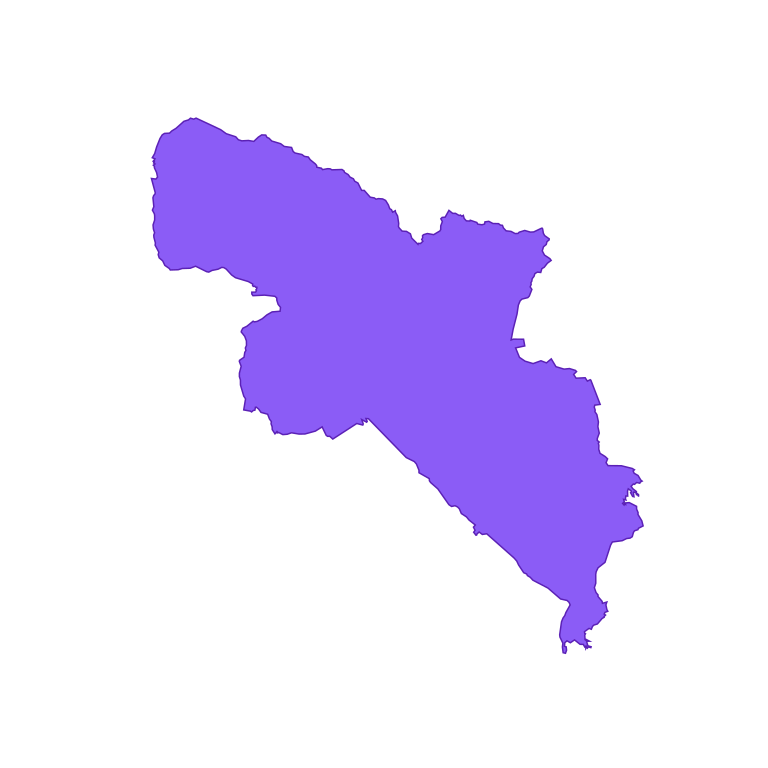 Posesti, Prahova, Romania (Equal Earth projection), rotated 198°
{"feature_id": "2599482B56357474531402", "entity_name": "Posesti", "entity_type": "district", "adm_level": 2, "iso_a3": "ROU", "parent_name": "Romania", "parent_adm1": "Prahova", "projection": "equal_earth", "projection_center": [26.141, 45.287], "detail": "fine", "context": "isolated", "style": "filled", "palette": "violet", "viewbox_px": 768, "rotation_deg": 198, "n_neighbors": 0, "source": "geoboundaries", "source_scale": "gbopen_adm2", "svg_char_len": 6155}
<svg xmlns="http://www.w3.org/2000/svg" viewBox="0 0 768 768"><g transform="rotate(198 384 384)"><path d="M375.9,569.2L377.4,561.6L380.2,560.4L381.0,558.7L378.7,556.5L378.9,551.9L377.8,548.4L378.1,546.9L382.9,541.4L389.3,540.5L392.6,538.2L393.2,536.9L392.4,535.1L392.8,533.1L391.1,531.8L392.7,528.9L394.7,528.4L394.8,527.3L402.7,531.3L405.3,535.0L409.8,536.1L414.0,535.0L417.9,537.2L418.9,538.2L419.6,541.2L423.0,548.0L426.2,551.0L426.8,552.3L428.9,550.1L430.8,552.1L432.7,552.5L435.2,555.7L439.2,559.1L442.5,559.6L446.6,558.6L448.7,557.3L450.7,558.0L454.8,557.4L462.6,562.0L465.1,561.2L470.9,567.1L474.5,567.8L476.5,569.7L480.3,570.3L482.8,572.1L486.9,573.0L488.0,574.4L490.3,575.0L499.7,571.6L501.7,572.0L504.1,571.4L508.7,568.9L510.2,569.9L514.9,569.4L515.6,571.0L517.3,572.1L523.5,574.5L526.1,576.5L530.0,575.9L533.0,576.9L539.9,576.2L542.2,577.0L545.0,580.4L552.3,579.1L556.5,580.6L565.8,580.4L569.3,582.2L571.5,582.4L573.4,584.2L577.3,583.1L579.8,580.0L582.8,574.5L588.2,573.7L594.4,571.3L598.0,571.3L601.4,573.3L611.4,573.3L617.9,575.4L644.9,578.8L646.8,577.1L650.2,577.0L651.5,574.8L655.5,572.0L660.8,562.9L664.1,559.0L665.5,556.3L670.2,554.5L671.9,552.4L672.9,548.3L673.5,539.2L673.3,532.3L674.3,527.6L671.4,527.4L671.7,526.3L671.2,524.8L672.2,525.1L672.4,524.4L671.3,524.0L671.4,523.0L669.8,522.5L671.0,520.8L669.6,520.1L669.2,518.7L665.6,514.8L663.3,510.8L664.3,508.4L668.7,507.6L660.7,495.3L660.5,494.0L661.3,492.0L661.3,489.7L657.7,481.5L658.0,477.8L655.0,474.9L654.1,473.1L652.8,469.1L652.8,463.9L651.2,460.1L648.9,456.9L649.0,454.5L648.1,452.3L645.0,447.5L644.6,445.3L638.9,439.8L638.7,437.2L636.8,434.5L632.5,432.7L629.1,429.1L623.9,427.5L622.5,426.4L615.0,429.1L611.6,431.5L604.1,434.2L599.6,437.8L587.3,436.0L585.2,436.3L582.6,438.9L577.3,441.9L574.3,444.8L572.2,445.2L569.5,444.5L562.6,440.6L558.1,439.2L544.7,439.5L539.7,438.5L539.5,437.2L538.5,436.4L537.1,437.1L536.1,436.4L534.8,436.7L534.5,435.3L534.9,433.9L534.1,433.3L534.5,431.7L538.1,430.5L537.5,428.7L535.9,427.5L525.1,431.6L514.9,433.7L512.6,432.7L511.8,430.5L509.3,427.0L506.1,424.9L505.3,421.1L512.7,418.0L516.7,413.6L520.0,408.4L523.9,404.4L526.5,403.0L527.9,403.3L532.3,396.5L535.5,393.4L536.0,390.4L535.9,389.4L531.2,386.3L528.2,382.5L526.7,378.2L527.0,375.4L525.7,373.2L526.2,371.1L525.4,366.2L528.7,361.9L528.6,360.8L525.3,356.7L524.9,349.7L523.8,346.3L521.8,343.5L520.2,338.7L513.6,329.1L511.1,327.1L509.4,316.0L502.7,316.9L501.3,316.5L500.2,318.4L498.7,319.2L499.1,322.1L498.3,322.5L495.6,321.5L492.2,319.0L485.3,319.3L482.1,315.3L479.5,313.4L479.1,311.2L477.2,308.8L476.2,306.1L472.3,302.9L471.1,305.8L470.3,305.4L470.2,304.6L468.9,305.3L464.6,304.6L460.5,306.3L456.9,309.0L449.5,310.1L443.8,312.0L434.7,318.0L429.6,324.1L423.1,317.3L421.5,316.8L419.4,317.5L415.7,315.8L397.7,338.0L391.5,338.4L391.4,339.6L394.2,343.3L388.7,342.3L388.4,343.2L390.5,345.6L388.1,346.2L340.1,320.9L331.2,319.6L328.4,317.9L324.1,312.8L323.3,310.4L311.7,308.0L310.9,306.0L309.2,304.7L300.4,300.9L285.0,289.3L281.9,288.4L278.8,290.2L276.1,289.8L273.9,288.7L270.4,284.7L264.5,283.1L261.1,280.9L253.6,278.1L254.7,275.5L252.2,273.0L252.9,270.7L249.8,268.6L249.2,269.0L249.2,270.2L247.8,272.6L244.0,271.3L240.0,273.3L206.5,258.7L203.0,256.6L200.1,253.5L192.8,247.7L189.6,247.4L188.4,246.1L185.3,245.4L181.7,243.4L165.1,240.6L149.6,234.1L143.0,234.7L140.5,233.5L138.7,231.4L140.4,222.8L140.5,219.6L141.4,216.8L141.7,212.7L139.4,199.7L138.4,197.6L133.8,192.8L133.1,189.1L130.6,183.8L128.2,184.0L128.1,187.2L129.5,190.3L131.3,190.3L132.1,193.8L130.6,196.3L126.8,195.5L123.7,199.5L117.1,197.0L114.0,197.9L111.8,195.9L111.0,197.1L110.3,194.9L109.9,196.4L108.9,195.7L108.4,197.1L105.8,197.2L105.8,198.1L109.2,198.0L111.5,201.4L111.3,202.1L109.1,202.9L112.6,203.5L112.0,202.7L112.4,202.4L113.8,203.0L115.5,207.3L115.2,208.7L116.0,208.8L116.8,210.4L113.5,214.9L111.0,214.8L110.8,217.9L109.9,219.6L106.9,221.7L104.1,228.4L102.5,230.2L102.8,230.9L101.9,232.7L103.5,233.2L103.3,235.1L100.9,237.0L102.3,238.3L104.7,242.5L104.7,245.5L108.5,242.9L109.4,244.7L114.9,248.1L115.2,249.5L117.9,251.2L121.0,255.3L121.0,259.9L123.8,268.4L124.2,271.0L123.6,275.4L118.7,282.7L118.7,300.8L118.0,304.3L109.0,308.6L105.5,312.0L102.3,313.5L100.7,315.5L100.9,319.9L100.4,321.8L97.5,323.9L97.4,325.4L93.7,329.1L96.5,333.5L102.2,338.5L102.6,340.2L105.1,343.1L106.0,345.7L114.1,347.0L117.6,345.5L117.0,344.1L118.2,344.4L118.3,343.1L120.2,344.2L119.0,346.1L120.5,348.3L118.1,348.5L118.9,349.4L119.4,352.2L117.6,352.7L119.3,357.4L119.3,359.8L115.8,358.7L115.4,357.9L115.9,356.8L112.8,353.9L111.4,354.0L113.3,357.8L113.0,358.4L110.9,358.5L109.7,356.8L108.4,356.8L107.0,355.7L107.8,357.5L110.4,358.4L110.7,359.7L115.0,361.3L117.4,363.1L116.0,365.9L114.7,366.0L113.3,368.4L110.1,368.7L109.8,370.1L108.5,371.4L110.1,372.0L114.1,375.5L118.5,376.4L120.2,378.3L119.3,379.8L121.8,380.4L133.0,379.6L145.7,375.6L148.5,377.8L148.2,381.9L151.1,383.3L157.1,384.8L159.6,388.3L160.7,392.1L161.9,394.0L161.4,395.3L163.8,396.3L164.3,398.1L164.1,403.8L167.4,409.5L168.3,414.1L172.1,420.7L174.9,422.9L175.1,424.5L176.9,427.0L177.0,429.0L172.1,431.4L188.4,451.5L189.2,451.8L191.5,449.6L194.6,452.1L203.1,448.9L206.6,451.7L204.7,455.3L206.1,456.1L212.4,456.0L217.3,453.8L225.8,453.6L232.7,459.6L236.0,454.3L241.9,454.6L248.5,449.5L256.9,449.3L263.4,451.2L270.0,459.0L261.9,463.7L265.1,469.7L274.9,466.6L276.7,465.2L278.1,475.9L279.1,491.6L280.6,500.6L280.2,505.2L279.0,507.4L273.9,510.6L273.0,512.5L272.6,519.7L275.0,521.5L274.8,524.2L275.6,525.7L275.2,527.4L275.6,530.0L274.6,532.7L274.6,535.6L272.7,537.8L269.4,538.5L269.5,542.5L267.7,544.5L265.9,549.4L263.2,553.2L265.0,554.5L271.2,556.2L274.6,559.5L274.7,563.8L272.8,566.8L273.0,569.7L271.5,572.0L271.7,573.1L277.1,574.8L279.0,576.6L281.1,580.6L281.9,581.1L282.8,580.4L288.6,574.9L291.7,573.7L297.6,573.5L302.3,570.2L303.1,568.6L305.8,567.6L310.3,568.4L315.2,567.4L318.6,569.3L320.4,571.5L322.4,571.1L324.6,571.9L330.0,570.3L334.6,571.1L338.1,569.4L337.8,567.2L340.1,565.7L344.3,565.0L345.6,566.3L352.6,566.4L352.7,565.5L356.1,564.6L358.9,566.2L360.7,568.9L361.8,567.6L363.5,568.3L364.7,567.5L368.7,568.4L371.4,567.5L375.9,569.2Z" fill="#8b5cf6" stroke="#5b21b6" stroke-width="1.5"/></g></svg>